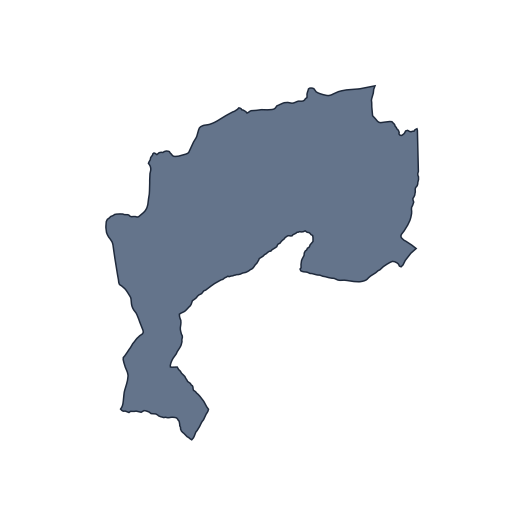 outline of Nambale, Western, Kenya, rotated 194°
{"feature_id": "3690345B66685082117491", "entity_name": "Nambale", "entity_type": "district", "adm_level": 2, "iso_a3": "KEN", "parent_name": "Kenya", "parent_adm1": "Western", "projection": "robinson", "projection_center": [34.319, 0.505], "detail": "fine", "context": "isolated", "style": "filled", "palette": "slate", "viewbox_px": 512, "rotation_deg": 194, "n_neighbors": 0, "source": "geoboundaries", "source_scale": "gbopen_adm2", "svg_char_len": 6109}
<svg xmlns="http://www.w3.org/2000/svg" viewBox="0 0 512 512"><g transform="rotate(194 256 256)"><path d="M350.4,74.7L348.8,73.7L347.3,73.3L345.3,73.9L341.4,73.4L340.2,74.9L336.7,75.7L334.8,76.5L329.6,76.6L327.3,78.9L325.7,79.1L324.0,79.0L321.8,78.7L319.7,77.7L315.1,78.5L313.1,78.0L311.8,77.3L309.7,77.0L307.8,77.0L306.3,76.9L305.1,77.6L302.6,77.7L301.2,78.1L299.7,78.8L298.3,79.3L295.7,79.7L294.0,79.7L292.7,78.9L291.7,77.8L290.6,77.1L289.3,74.2L288.9,72.8L287.8,71.5L287.3,69.8L286.1,68.2L284.5,67.1L283.1,66.5L279.1,64.0L277.5,63.6L275.7,62.7L273.9,62.1L272.7,64.5L272.3,66.4L271.8,70.5L270.9,72.4L269.5,76.9L268.6,81.2L268.0,82.9L267.3,84.4L266.1,90.6L265.6,91.9L265.1,93.7L265.0,95.8L267.3,97.7L271.5,102.3L276.5,106.3L278.6,107.7L280.6,108.7L281.8,109.7L284.2,110.6L284.9,111.9L285.5,113.6L286.3,114.7L287.6,115.2L288.9,116.5L292.0,117.7L293.1,119.0L294.5,120.2L295.9,121.9L300.0,124.3L301.5,125.9L303.7,127.2L305.6,129.2L310.8,127.7L312.2,127.6L312.7,129.1L312.7,131.8L312.3,134.4L311.8,136.5L309.7,141.8L309.3,144.1L308.0,147.9L307.4,149.9L307.1,151.6L307.1,154.9L307.7,156.8L307.8,159.5L308.3,160.8L309.5,162.2L310.7,164.4L311.6,166.3L312.1,168.2L312.4,171.3L312.7,173.1L313.4,175.4L314.7,177.2L315.6,178.9L316.3,181.0L315.0,182.4L312.3,184.6L311.4,185.6L310.4,187.2L308.7,190.3L307.7,191.8L307.2,193.6L306.9,197.2L304.6,199.9L303.7,201.2L303.1,202.8L302.0,204.4L299.7,206.3L298.2,209.6L296.6,210.7L292.7,215.6L289.6,219.2L284.1,224.4L282.5,225.3L281.2,227.1L279.5,228.5L278.4,229.6L277.1,229.4L275.4,230.5L273.6,231.2L272.6,232.0L271.4,232.5L270.4,233.2L268.6,233.7L266.7,234.7L264.9,236.2L262.0,237.6L260.3,239.0L259.2,240.1L258.2,241.4L256.9,242.4L255.8,244.0L254.5,247.5L253.5,249.0L252.4,252.8L252.2,254.3L248.9,257.8L248.1,259.4L246.7,260.6L245.5,262.4L244.2,263.8L242.8,264.3L242.0,265.9L239.1,268.9L238.1,270.1L237.9,271.7L237.3,273.1L235.9,274.1L235.1,276.0L234.2,277.6L232.9,279.2L232.2,280.9L230.2,283.2L229.0,283.7L227.3,283.8L225.9,284.3L225.3,285.6L222.8,287.7L222.0,288.9L220.6,289.4L219.6,290.2L217.9,290.3L216.0,291.0L214.4,292.3L212.2,291.4L210.2,291.5L208.9,291.0L207.9,290.1L206.0,289.6L205.2,287.8L204.2,283.9L206.2,279.9L206.3,278.5L206.7,277.2L208.0,276.0L208.3,274.1L209.4,272.8L209.9,270.6L209.5,268.2L210.5,264.2L210.7,262.4L210.3,258.7L209.4,255.5L210.1,254.0L209.0,252.5L207.5,252.2L206.0,252.2L203.3,252.6L201.9,252.6L199.4,252.1L197.4,252.5L192.9,252.4L191.3,252.5L189.4,252.9L186.3,252.5L183.6,252.7L180.4,252.6L177.1,252.8L174.8,253.2L170.7,252.5L168.6,252.7L164.5,253.9L161.4,254.3L154.9,254.9L150.2,255.8L148.8,256.2L146.6,257.2L145.0,258.1L143.4,259.3L142.5,260.4L141.5,262.2L140.0,264.3L135.8,268.7L133.9,271.4L132.5,272.5L129.8,276.6L126.9,279.8L124.3,282.3L122.3,283.8L119.9,284.0L117.4,283.4L115.8,282.6L114.4,280.9L112.6,280.6L111.2,282.9L110.1,287.8L106.4,296.2L102.4,302.0L107.6,304.3L114.2,306.6L116.2,307.1L117.9,308.0L119.5,309.0L120.3,310.5L120.1,312.3L118.4,316.1L116.3,322.7L115.3,327.6L115.1,330.7L115.3,334.8L115.8,337.1L116.5,339.0L116.8,341.0L116.3,343.0L116.0,346.5L117.1,348.1L117.7,349.7L117.1,351.5L116.7,353.5L116.9,355.2L116.9,356.6L117.7,359.4L117.7,360.9L116.6,363.2L116.5,365.1L116.8,366.4L116.8,369.5L117.5,372.2L118.5,373.5L119.0,375.2L118.9,377.3L129.8,417.0L130.6,418.4L131.7,417.5L132.5,416.6L132.9,415.3L134.5,414.8L135.7,414.0L137.2,414.0L139.3,414.6L141.1,413.5L141.6,411.3L142.2,410.1L143.8,408.2L145.4,408.0L146.8,409.0L147.0,410.6L147.8,411.8L148.9,412.9L150.2,413.5L150.9,414.6L152.4,415.6L153.1,416.8L154.0,417.6L155.4,418.4L156.6,419.2L158.6,418.9L163.9,416.9L167.4,415.5L169.2,415.5L170.7,416.1L173.7,418.3L176.8,420.3L179.7,428.6L180.8,432.7L181.7,435.1L181.8,436.8L181.6,442.4L182.1,446.2L181.7,449.9L195.6,443.4L197.2,442.8L205.3,440.1L208.5,439.0L212.9,437.0L215.8,435.4L220.4,431.8L221.4,430.9L222.6,430.1L224.4,429.2L226.1,428.9L229.7,428.8L233.4,429.0L235.4,429.3L237.3,429.8L240.4,432.4L242.0,432.5L243.3,432.3L244.6,431.8L245.5,430.8L245.5,429.4L245.7,427.5L245.7,425.4L245.2,423.7L244.9,422.0L246.1,420.6L246.7,418.9L248.0,417.7L249.6,417.1L251.2,416.8L252.4,416.5L253.8,415.6L255.5,414.3L257.0,413.3L258.4,412.9L262.3,412.7L265.6,411.6L267.0,410.7L272.1,406.7L273.1,404.1L274.3,402.8L275.9,402.0L280.2,400.6L286.1,399.3L290.9,397.4L295.9,395.8L297.3,394.6L298.0,393.6L299.3,392.5L300.5,393.4L302.0,394.0L303.8,394.5L305.1,394.4L306.1,395.3L307.3,395.6L308.5,395.6L309.5,393.8L312.0,391.1L313.4,390.2L317.5,386.5L319.4,384.7L326.5,377.5L328.6,375.6L330.4,374.2L332.9,372.5L334.3,371.8L338.2,370.2L339.4,369.4L341.0,368.0L341.9,366.5L342.2,364.5L342.4,358.0L342.6,356.6L344.2,351.4L346.3,340.4L347.1,339.1L348.7,337.9L355.4,334.1L358.3,333.1L360.0,332.8L361.4,333.3L362.8,334.4L364.2,335.2L365.3,336.3L366.5,336.4L368.4,336.2L370.2,335.2L371.4,333.9L373.1,333.7L375.0,332.8L376.7,330.4L378.4,331.1L379.9,331.3L380.8,330.2L380.8,328.9L382.0,326.1L381.9,323.6L382.5,321.7L382.8,319.9L381.6,318.9L380.3,317.5L379.4,315.8L378.9,314.0L378.8,310.3L377.5,303.9L376.8,301.1L375.1,293.4L374.5,290.2L374.1,285.4L373.4,279.7L373.5,276.7L373.8,275.2L374.5,273.0L375.6,271.0L379.4,265.7L380.8,265.0L382.7,265.1L384.7,264.6L386.2,264.0L387.8,264.1L389.4,265.0L390.8,265.0L392.3,264.6L394.0,264.3L395.4,264.5L398.2,263.9L401.4,262.9L403.2,262.1L404.4,260.7L406.6,259.1L407.4,257.6L409.1,255.6L409.6,253.2L408.9,248.9L408.5,247.2L406.8,242.8L405.8,241.3L404.8,240.1L403.5,238.7L401.9,237.5L399.2,235.0L398.1,233.4L397.4,232.0L395.4,227.0L392.4,219.7L385.9,204.5L383.7,199.6L382.8,197.2L381.9,195.7L380.7,194.9L379.4,194.6L375.3,192.5L373.8,191.4L372.1,189.9L368.5,186.4L367.6,185.4L366.9,184.1L365.2,179.3L364.2,177.3L363.0,175.6L361.5,174.0L358.6,171.7L357.3,170.2L354.6,166.5L352.9,163.9L347.7,156.6L346.9,154.8L347.3,153.0L349.6,150.4L350.5,148.9L351.4,147.6L352.1,146.2L353.5,142.9L354.4,141.1L355.0,138.9L355.7,136.6L356.5,134.7L357.6,131.5L359.2,127.3L360.2,125.4L359.8,123.3L358.3,120.4L356.0,116.6L352.8,112.3L352.0,110.8L351.3,109.3L351.0,107.8L350.6,104.2L350.6,100.6L350.9,94.3L350.9,92.1L350.6,89.5L349.7,83.3L349.4,80.7L349.4,78.5L349.7,76.6L350.4,74.7Z" fill="#64748b" stroke="#1e293b" stroke-width="1.5"/></g></svg>